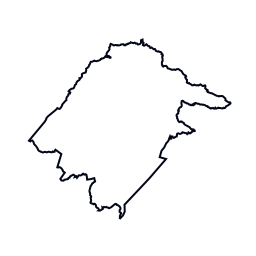 outline of Tabasco, Zacatecas, Mexico, rotated 196°
{"feature_id": "50627088B99461969651852", "entity_name": "Tabasco", "entity_type": "district", "adm_level": 2, "iso_a3": "MEX", "parent_name": "Mexico", "parent_adm1": "Zacatecas", "projection": "albers", "projection_center": [-102.953, 21.94], "detail": "fine", "context": "isolated", "style": "outline", "palette": "ink", "viewbox_px": 256, "rotation_deg": 196, "n_neighbors": 0, "source": "geoboundaries", "source_scale": "gbopen_adm2", "svg_char_len": 5838}
<svg xmlns="http://www.w3.org/2000/svg" viewBox="0 0 256 256"><g transform="rotate(196 128 128)"><path d="M219.7,88.5L218.4,88.2L218.3,88.6L216.5,89.6L214.9,88.4L214.0,86.8L211.2,85.1L209.0,83.1L208.3,82.1L207.6,81.6L206.4,81.3L205.6,81.4L205.2,81.1L203.0,81.0L201.6,82.0L200.6,82.3L199.4,82.2L197.8,83.3L194.6,83.6L194.3,83.8L194.0,84.6L193.0,84.4L192.1,85.0L192.3,85.3L191.8,87.1L184.9,84.6L185.1,70.7L184.5,70.7L182.9,71.5L181.7,71.3L179.9,70.1L179.0,69.3L178.6,68.5L176.5,67.7L179.0,60.4L177.6,59.2L175.5,59.6L174.8,60.8L171.7,62.3L171.5,63.6L170.4,64.2L170.4,65.4L167.9,67.9L167.3,68.1L165.9,67.4L165.5,66.9L165.6,66.2L165.0,66.6L164.9,67.3L164.5,67.5L164.1,67.3L163.3,66.2L162.9,67.4L162.7,67.5L162.4,68.8L161.8,69.1L160.6,69.3L159.8,69.8L159.2,70.6L158.9,71.5L158.2,71.8L157.2,71.1L156.6,71.3L156.0,71.9L155.1,71.6L154.1,69.7L153.0,67.1L149.8,68.6L146.6,70.5L145.8,68.8L144.9,67.8L145.0,67.3L146.2,66.1L146.3,65.6L147.1,64.9L147.2,63.9L147.9,61.8L147.8,57.4L147.4,56.0L146.4,54.9L145.9,53.0L145.0,52.5L144.4,51.7L144.7,50.8L143.4,48.0L143.5,45.9L142.6,45.4L140.7,45.5L140.1,45.2L139.5,45.9L138.9,45.9L137.8,45.2L136.8,43.3L136.0,42.8L134.8,42.7L133.9,42.1L133.7,41.6L133.2,41.0L133.5,40.6L132.2,40.8L130.2,42.9L130.4,43.0L130.2,43.4L130.7,44.6L129.9,44.3L129.4,45.5L128.0,45.5L127.0,46.2L126.4,45.9L125.2,46.0L124.4,45.6L123.7,45.9L122.2,47.4L119.7,51.1L118.9,51.7L118.2,51.7L117.7,51.0L116.3,51.0L114.4,50.2L113.3,49.2L112.9,48.1L113.4,46.9L113.0,45.1L111.4,44.5L111.0,44.0L111.5,42.3L111.5,41.1L111.0,39.1L110.6,39.0L108.7,42.6L108.1,46.8L110.2,53.3L93.7,85.3L82.9,108.7L89.5,108.7L89.5,115.2L88.9,116.9L87.9,118.9L87.0,124.0L86.5,124.8L85.5,127.3L85.6,128.7L85.3,131.3L84.9,130.7L84.2,130.4L84.1,129.5L83.8,129.4L83.5,130.3L84.0,131.3L83.9,131.9L82.8,132.1L82.4,131.4L81.3,131.1L80.6,131.6L79.9,132.7L78.9,133.2L78.8,133.8L79.2,135.8L78.7,136.5L78.2,136.7L76.3,136.6L74.7,138.0L74.6,138.8L74.3,139.0L73.6,138.8L70.3,139.1L69.4,138.4L68.6,139.5L68.6,140.4L66.9,139.9L66.3,140.4L66.0,141.4L65.0,142.2L64.9,142.5L65.8,143.7L63.4,143.3L63.0,143.6L63.3,144.0L64.2,144.2L64.6,144.7L65.9,144.4L67.2,144.4L69.2,145.8L73.6,146.7L75.1,147.3L75.6,148.1L76.0,148.4L77.5,148.4L78.0,149.0L79.2,148.8L79.7,148.1L80.3,147.8L81.8,148.8L82.9,150.5L83.6,151.0L83.8,152.3L84.6,152.9L84.9,154.1L84.8,154.5L83.7,155.9L84.2,157.2L83.8,158.4L84.7,158.9L84.0,161.8L82.7,162.9L82.5,163.8L82.6,164.8L83.5,166.5L83.8,168.7L83.1,169.2L82.4,169.2L80.8,168.2L79.5,168.3L78.3,167.8L77.7,168.1L76.5,167.9L75.4,167.3L74.1,167.7L73.8,167.3L71.9,167.8L72.2,168.6L71.6,169.3L70.6,168.8L70.4,169.0L70.5,169.9L70.0,170.4L70.1,170.6L69.8,170.7L67.6,170.5L66.9,170.8L65.0,170.4L63.9,171.0L62.9,170.8L62.2,171.2L60.0,171.1L58.8,170.7L57.9,170.9L57.5,170.8L57.5,170.4L57.1,170.2L56.1,170.2L54.2,169.5L53.7,170.1L53.1,169.9L51.5,170.8L51.0,170.7L50.5,170.3L49.8,170.7L49.6,171.4L49.0,170.9L48.4,171.0L46.9,172.4L46.5,172.1L44.8,172.7L42.9,172.7L42.3,172.9L42.1,173.5L41.6,173.8L40.8,173.7L40.1,174.2L39.7,175.9L37.9,177.5L36.3,179.7L36.3,180.0L36.7,180.7L37.1,180.8L38.5,180.4L42.0,181.5L42.2,182.6L42.6,183.2L45.4,184.6L46.5,184.7L47.1,184.3L48.5,184.1L49.3,183.4L50.5,183.6L51.7,183.4L56.9,184.5L57.5,184.3L61.1,184.5L61.1,184.9L62.1,185.3L61.8,185.7L61.8,186.3L62.0,186.5L63.0,186.6L64.7,187.3L65.1,188.9L65.0,189.5L65.6,190.2L66.2,190.0L67.4,189.0L68.3,189.1L70.4,189.9L71.9,188.3L72.6,188.5L73.9,187.8L75.6,187.9L75.9,187.7L76.3,187.9L77.4,186.9L78.2,186.7L79.0,187.2L80.7,187.5L81.5,188.0L82.0,187.6L83.0,187.8L83.5,187.7L84.1,188.2L84.0,188.8L84.3,189.2L84.6,190.6L85.9,191.3L87.0,192.6L86.4,193.4L86.7,193.6L86.8,194.2L89.4,194.9L91.0,196.2L92.1,197.4L94.4,198.0L95.2,198.4L95.7,198.5L97.2,198.1L98.4,196.9L99.8,197.0L100.7,196.4L101.7,196.1L102.1,196.3L103.0,196.1L105.1,196.4L105.9,196.2L106.7,196.7L107.3,197.6L108.5,198.2L110.3,197.6L111.0,197.1L111.0,196.8L111.6,196.8L112.0,197.7L112.8,198.1L113.4,200.1L113.6,200.8L113.2,201.8L113.3,202.5L113.8,203.5L114.0,204.5L114.8,205.7L114.4,207.0L115.0,208.1L115.7,207.9L116.1,208.1L116.0,208.8L116.6,209.6L117.6,210.0L118.8,209.8L119.7,210.2L120.3,209.7L122.1,209.7L123.0,210.3L123.3,211.0L124.0,211.4L125.1,210.8L127.6,211.9L128.7,211.1L130.0,212.5L130.7,212.3L131.8,212.6L133.3,213.6L134.9,211.7L135.4,211.5L135.8,211.8L136.5,211.8L136.7,213.2L136.4,213.9L136.6,214.3L138.4,215.3L138.1,216.3L138.4,217.0L139.7,215.9L139.0,213.8L139.1,213.1L139.9,211.8L141.4,211.0L142.4,211.7L143.2,211.7L143.6,211.3L145.1,211.9L146.2,211.0L147.6,211.1L148.7,210.9L149.0,211.1L149.6,210.0L150.9,209.4L151.1,208.8L151.7,208.7L151.9,208.2L152.6,208.1L152.7,207.5L153.3,207.3L153.6,206.6L154.5,206.5L154.8,207.0L155.3,207.2L156.1,207.1L157.8,206.3L157.9,205.9L159.0,205.1L159.9,204.8L160.7,204.9L161.3,204.3L162.1,204.5L163.1,204.3L164.4,203.4L165.9,203.9L167.8,204.1L168.0,203.3L167.7,201.9L167.9,200.8L168.3,200.2L167.5,198.8L167.5,198.0L168.9,194.8L169.1,193.5L168.7,192.5L168.9,191.6L166.6,191.7L166.3,191.9L165.9,191.5L164.5,191.3L164.2,191.1L164.2,190.7L164.8,190.4L166.0,190.8L168.0,190.4L169.6,190.5L170.1,189.1L171.5,187.8L172.3,187.7L172.6,187.0L173.1,186.9L173.4,185.9L174.6,184.8L176.8,183.5L178.2,183.3L178.9,183.5L180.6,181.9L182.1,181.3L182.4,178.2L182.7,178.0L182.8,176.0L183.2,175.5L183.3,175.0L184.6,173.5L184.0,171.6L184.0,169.7L184.9,169.2L185.5,168.6L186.4,168.1L187.1,167.3L187.2,166.8L186.6,165.6L186.5,164.5L186.8,163.6L188.4,162.5L187.7,161.8L188.1,160.6L189.6,159.0L190.1,157.0L190.0,155.8L190.8,154.8L191.0,152.0L191.3,151.2L192.0,150.6L192.8,150.4L194.4,148.7L195.1,147.3L195.2,146.9L193.3,146.3L193.3,145.1L194.2,144.8L194.5,144.4L194.6,143.7L194.4,142.8L195.4,140.6L195.2,138.4L194.9,137.7L195.6,136.9L197.7,132.4L197.5,131.5L198.4,128.4L199.0,127.5L200.2,127.4L201.4,127.7L202.0,126.1L208.2,117.1L209.2,114.8L209.0,113.9L209.8,111.0L219.7,88.5Z" fill="none" stroke="#020617" stroke-width="2"/></g></svg>